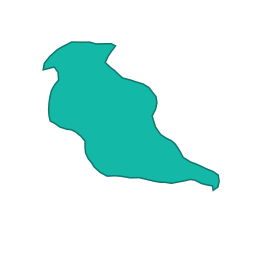 Taquaral, São Paulo, Brazil (Natural Earth projection), rotated 43°
{"feature_id": "56859067B97918331690262", "entity_name": "Taquaral", "entity_type": "district", "adm_level": 2, "iso_a3": "BRA", "parent_name": "Brazil", "parent_adm1": "São Paulo", "projection": "natural_earth1", "projection_center": [-48.393, -21.068], "detail": "fine", "context": "isolated", "style": "filled", "palette": "teal", "viewbox_px": 256, "rotation_deg": 43, "n_neighbors": 0, "source": "geoboundaries", "source_scale": "gbopen_adm2", "svg_char_len": 1122}
<svg xmlns="http://www.w3.org/2000/svg" viewBox="0 0 256 256"><g transform="rotate(43 128 128)"><path d="M26.3,143.3L32.5,133.7L38.9,135.0L44.5,140.2L44.9,146.5L46.4,152.6L49.6,158.4L53.0,163.3L57.5,168.8L61.9,172.9L66.5,176.0L70.9,174.6L77.6,173.7L84.0,170.7L87.7,168.0L92.0,166.6L99.4,166.1L105.6,166.9L109.6,171.3L113.9,175.1L120.1,177.6L124.8,178.2L129.7,179.5L137.8,179.5L145.6,177.4L150.5,172.3L155.8,168.0L163.5,163.0L170.0,156.7L176.8,152.8L183.0,149.3L188.4,145.8L192.6,142.1L197.4,138.9L200.2,135.1L204.9,128.7L208.8,123.0L212.5,120.5L219.6,118.5L225.4,115.3L229.2,112.7L232.8,115.5L234.0,109.8L231.0,104.8L226.0,100.9L219.9,101.8L213.7,104.2L204.3,107.2L196.6,110.3L188.4,111.9L183.0,110.0L178.3,108.6L172.9,107.5L168.1,107.8L162.5,109.5L156.3,110.5L147.5,108.6L137.5,102.8L135.3,95.4L132.0,89.9L127.1,86.0L121.1,85.1L116.0,84.2L109.1,85.5L101.4,89.3L97.3,91.1L89.8,95.2L78.3,95.2L73.6,95.7L66.7,95.7L64.4,88.8L63.5,82.5L62.9,76.5L58.2,77.8L53.3,82.5L47.3,88.3L41.3,91.4L36.0,96.5L28.2,103.5L24.5,113.5L22.9,119.1L22.0,129.0L22.7,137.7L26.3,143.3Z" fill="#14b8a6" stroke="#0f766e" stroke-width="1.5"/></g></svg>